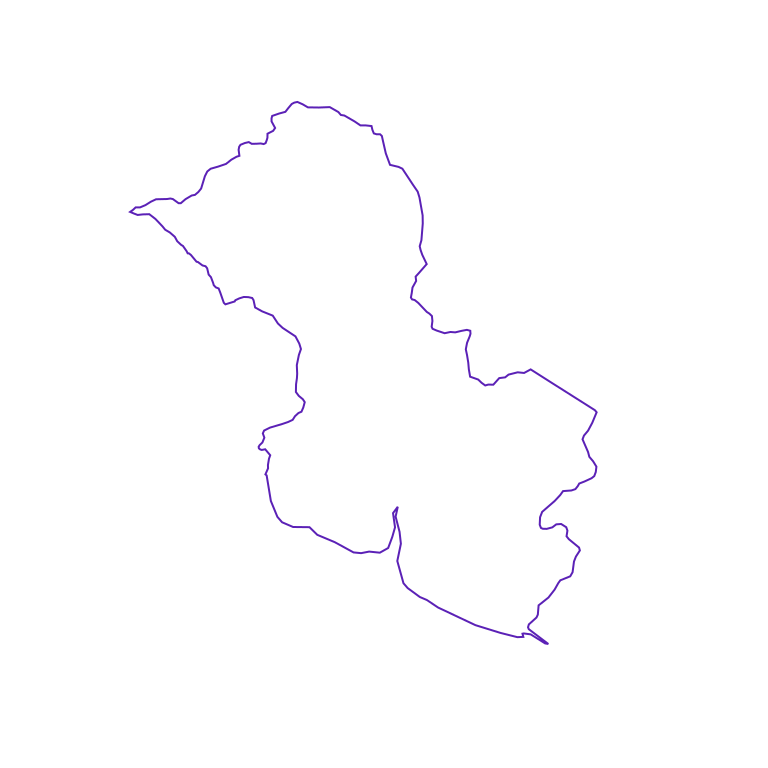 Guyana, orthographic projection, rotated 164°
{"feature_id": "GUY", "entity_name": "Guyana", "entity_type": "country or territory", "adm_level": 0, "iso_a3": "GUY", "parent_name": "South America", "parent_adm1": "", "projection": "orthographic", "projection_center": [-58.817, 4.875], "detail": "fine", "context": "isolated", "style": "outline", "palette": "violet", "viewbox_px": 768, "rotation_deg": 164, "n_neighbors": 0, "source": "natural_earth", "source_scale": "50m", "svg_char_len": 3608}
<svg xmlns="http://www.w3.org/2000/svg" viewBox="0 0 768 768"><g transform="rotate(164 384 384)"><path d="M239.0,357.6L222.2,338.6L205.2,319.5L188.5,300.7L187.4,298.2L194.5,289.3L200.7,282.9L206.0,279.3L208.4,276.1L206.6,262.4L206.7,257.4L204.3,252.1L202.6,246.0L204.7,241.0L207.3,237.5L210.5,236.2L218.3,235.0L223.8,234.5L225.8,232.5L229.0,230.2L233.2,230.0L241.4,231.7L245.2,228.7L252.0,224.6L267.2,217.5L270.7,212.9L273.1,205.8L272.8,202.4L271.3,201.1L267.5,199.9L261.7,199.8L257.1,201.6L252.3,200.6L248.3,196.1L248.1,192.5L250.5,187.3L249.1,183.9L241.6,173.0L241.6,170.0L247.1,165.2L250.3,161.0L254.6,151.1L258.0,147.8L268.6,146.7L271.3,144.6L276.7,139.3L284.8,133.4L296.4,128.6L299.7,119.9L301.8,117.5L311.0,113.0L312.6,110.5L312.4,108.4L297.7,88.8L300.6,90.2L312.0,102.9L318.4,105.7L319.7,105.8L319.8,102.5L325.6,103.9L340.6,112.6L362.6,127.0L393.6,154.2L402.4,164.6L408.3,169.4L417.5,181.3L420.2,187.1L420.0,210.2L411.8,225.8L409.8,237.6L409.4,253.3L404.6,262.2L410.9,257.4L412.9,243.2L418.2,234.7L425.2,225.2L434.5,223.0L444.5,227.0L452.6,227.7L459.7,230.5L474.9,245.5L489.7,257.4L495.1,266.9L510.8,271.6L520.1,279.2L523.1,285.7L525.0,302.7L522.0,328.5L522.9,329.8L518.7,334.9L517.9,338.1L515.2,343.8L513.0,346.9L516.2,354.0L519.7,354.3L521.1,355.3L522.0,356.6L521.8,358.2L520.4,359.5L517.0,361.3L513.8,365.4L514.1,369.9L512.1,372.3L505.6,373.5L492.9,373.6L486.7,373.9L481.7,374.7L478.4,377.6L474.2,379.7L471.0,380.1L468.1,383.6L465.2,388.4L466.2,391.7L469.2,396.1L470.9,400.6L468.6,408.0L466.1,413.6L464.6,417.9L462.6,426.2L457.8,435.4L454.2,440.5L454.3,446.2L456.0,454.2L466.0,465.9L469.3,471.4L472.1,480.4L481.1,487.4L486.8,493.1L486.3,500.6L487.0,503.0L490.5,504.9L494.8,506.3L499.5,506.2L503.8,505.5L504.8,504.5L514.5,504.3L515.6,506.2L516.2,517.0L516.6,521.4L519.0,523.2L520.4,525.9L520.4,528.3L520.9,534.4L522.4,537.5L522.1,544.0L523.1,546.4L525.8,548.0L529.3,552.6L530.5,553.2L531.2,554.8L534.1,561.4L535.6,563.4L536.7,563.7L537.1,566.0L539.2,572.1L540.7,573.7L543.4,578.2L544.5,583.1L548.1,588.7L551.8,592.6L553.5,596.6L558.2,605.6L562.8,611.9L569.0,613.5L574.2,614.4L577.4,616.8L580.6,619.4L577.2,620.6L574.1,622.2L569.9,621.0L564.0,621.7L557.8,623.5L552.2,624.4L541.5,621.6L538.3,621.2L536.0,620.0L531.6,614.4L529.5,613.8L523.8,616.4L516.9,618.2L513.6,617.9L509.6,619.7L505.9,622.3L498.9,633.1L495.3,637.0L491.3,638.7L483.5,638.7L475.2,639.1L468.9,641.7L463.1,643.1L460.1,643.2L459.2,649.2L457.8,652.0L456.0,653.5L451.4,654.0L447.3,653.8L444.9,651.3L440.3,650.1L436.2,649.2L433.5,647.8L431.4,648.2L429.6,650.6L428.2,652.8L427.0,656.7L420.8,657.9L418.1,660.1L419.7,667.4L418.9,670.3L417.6,672.5L410.2,672.9L403.8,672.8L400.1,675.5L395.5,678.6L392.7,679.2L389.5,679.0L385.1,675.3L380.9,670.9L370.3,667.7L359.8,665.1L352.9,658.0L351.3,654.5L348.1,653.0L339.9,644.5L335.4,639.1L330.5,637.7L324.9,635.4L325.1,631.5L324.7,627.7L322.3,626.1L318.9,625.1L317.7,623.0L318.0,618.0L318.7,605.2L317.8,593.0L310.2,588.7L307.0,585.9L301.3,567.7L298.6,559.6L298.5,553.5L300.4,535.4L302.5,527.6L308.4,511.9L311.7,506.6L311.9,502.7L311.6,497.6L309.9,487.5L319.8,481.1L324.0,478.5L324.7,474.2L330.0,468.9L332.3,463.7L334.3,459.7L333.7,457.6L331.4,456.3L328.7,452.5L323.0,441.5L321.0,439.2L319.2,436.1L320.1,431.2L322.4,425.9L322.1,423.7L318.7,420.9L311.7,416.1L305.8,415.7L301.3,414.0L294.7,413.7L289.4,413.2L286.4,411.4L287.0,408.5L288.4,406.3L292.8,400.7L295.8,394.8L296.2,389.0L297.1,381.4L298.4,374.7L299.2,367.3L292.2,362.3L289.9,358.3L287.1,354.7L283.9,354.7L279.1,353.2L271.6,357.9L265.7,357.0L261.7,358.7L252.3,358.4L246.3,356.0L239.0,357.6Z" fill="none" stroke="#5b21b6" stroke-width="2"/></g></svg>